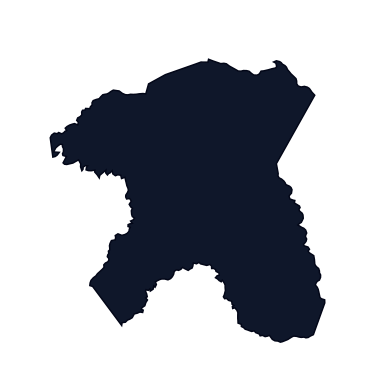 the district of Arapoti, Paraná, Brazil, rotated 279°
{"feature_id": "56859067B71427731295811", "entity_name": "Arapoti", "entity_type": "district", "adm_level": 2, "iso_a3": "BRA", "parent_name": "Brazil", "parent_adm1": "Paraná", "projection": "orthographic", "projection_center": [-50.012, -24.073], "detail": "fine", "context": "isolated", "style": "filled", "palette": "ink", "viewbox_px": 384, "rotation_deg": 279, "n_neighbors": 0, "source": "geoboundaries", "source_scale": "gbopen_adm2", "svg_char_len": 4824}
<svg xmlns="http://www.w3.org/2000/svg" viewBox="0 0 384 384"><g transform="rotate(279 192 192)"><path d="M226.2,44.4L223.4,43.5L204.7,49.1L205.7,51.4L207.4,53.1L210.4,54.7L210.2,52.4L209.9,49.0L214.4,50.6L216.7,52.5L218.6,54.4L218.6,56.6L216.5,57.0L214.7,58.3L211.5,58.7L209.5,58.1L207.9,58.8L207.4,62.4L202.9,60.9L200.6,60.1L199.5,61.7L199.6,64.0L202.0,69.9L203.3,71.5L206.0,74.9L202.4,77.7L199.4,78.0L195.8,79.9L197.4,80.8L199.6,80.6L201.4,82.7L201.4,84.8L199.6,83.9L197.3,83.9L196.9,86.1L197.2,89.0L198.4,92.7L196.5,92.8L194.1,95.7L191.4,98.2L194.0,98.3L196.4,100.3L200.2,103.6L197.4,103.8L195.6,105.8L197.2,106.7L198.2,108.2L200.6,109.9L197.5,111.0L196.1,113.8L197.4,116.0L197.4,119.0L194.3,120.3L196.0,123.5L193.1,124.6L191.0,125.5L188.0,126.7L185.8,128.1L183.8,128.9L181.3,128.3L178.6,127.1L176.7,127.3L174.9,128.5L175.8,131.4L173.5,133.5L170.0,131.9L167.7,133.8L166.6,135.7L164.0,135.0L160.4,135.9L158.4,136.9L157.3,139.3L155.3,138.3L153.7,135.9L151.7,138.0L151.1,136.1L149.8,134.0L147.9,134.2L147.4,136.5L145.6,135.9L143.3,135.9L141.1,134.5L139.5,132.4L138.2,129.5L139.1,125.4L137.0,123.0L135.1,123.7L132.7,123.6L131.4,120.0L128.3,119.1L126.0,118.9L123.8,119.5L122.0,119.8L120.5,118.7L118.3,119.4L116.6,118.6L114.8,118.5L113.6,120.0L111.8,120.6L109.8,119.7L108.3,117.6L106.3,116.3L103.8,116.9L101.8,115.6L99.1,113.5L96.5,111.4L94.1,110.2L91.9,108.0L88.9,106.1L86.3,105.6L83.6,105.7L83.2,108.6L49.2,143.4L52.0,143.4L53.0,146.6L55.4,148.3L56.7,150.5L58.5,152.6L60.7,153.4L62.5,154.0L63.8,157.0L65.3,159.3L65.3,162.1L67.7,162.3L68.2,160.3L69.9,160.7L72.3,163.2L75.6,163.7L78.4,164.9L80.2,162.8L81.5,164.2L84.4,163.1L86.3,161.8L88.4,161.9L88.0,164.2L89.7,165.6L87.6,166.3L89.9,168.8L93.3,168.9L92.2,170.4L95.0,171.3L97.6,169.9L99.1,171.9L100.6,174.0L101.4,175.8L101.8,178.8L101.5,182.0L103.1,184.4L105.2,185.8L107.7,186.7L110.9,186.9L112.7,188.9L112.5,191.0L113.9,193.1L116.1,194.5L115.2,196.6L114.0,200.5L115.6,202.1L116.9,204.0L118.9,204.4L122.1,204.4L121.8,207.7L123.6,210.0L122.4,211.6L121.8,218.0L123.2,221.0L122.1,222.8L119.5,223.4L119.9,225.3L119.1,227.3L117.3,228.2L116.3,231.3L114.1,231.9L113.2,229.9L111.0,228.6L110.1,230.9L108.8,232.6L107.9,234.9L109.6,235.7L108.3,237.1L106.8,238.3L105.2,239.3L102.7,239.7L99.9,240.4L97.8,240.2L95.6,240.0L93.4,239.4L91.7,240.9L92.3,242.8L90.7,245.0L90.3,248.3L87.3,249.2L86.5,251.1L85.2,249.8L83.3,250.4L84.3,252.4L82.2,254.9L80.0,256.2L77.5,256.5L74.3,257.0L72.3,257.5L69.7,258.0L69.0,261.5L66.9,261.8L66.2,264.1L64.8,266.0L64.5,268.2L64.0,270.6L63.6,272.7L64.6,275.3L63.1,276.8L62.3,280.6L60.6,281.8L61.4,284.1L60.6,286.8L61.5,289.2L62.5,290.9L60.7,292.7L59.0,294.4L58.0,297.1L58.2,300.3L57.5,302.7L58.2,304.5L59.3,306.4L61.3,309.7L64.4,313.2L65.6,315.0L65.8,318.0L65.5,320.2L65.5,322.6L66.2,325.3L65.8,327.3L66.5,329.5L68.2,331.4L70.1,334.2L71.8,334.5L81.3,336.3L103.2,340.5L106.3,339.9L106.8,336.5L107.8,334.9L113.8,332.6L115.7,331.8L117.6,330.5L119.4,328.4L121.2,328.7L123.3,329.6L124.9,331.6L127.7,332.3L130.2,332.0L132.2,330.5L134.0,330.2L136.3,329.0L137.8,326.4L139.8,324.6L141.9,324.1L144.4,323.5L148.2,322.2L150.4,317.2L151.9,315.9L153.8,317.0L155.8,315.2L156.4,311.2L158.0,310.3L159.4,311.5L161.2,312.4L163.5,312.6L165.5,311.1L167.4,311.1L169.4,311.7L172.2,310.2L173.7,308.0L174.2,306.0L176.0,301.7L177.8,303.2L179.1,304.7L181.3,305.4L183.4,306.0L186.7,305.2L188.3,304.1L190.0,301.2L191.9,300.3L193.4,301.2L195.0,300.3L196.0,297.8L197.2,294.8L199.7,294.9L199.8,293.0L200.5,289.7L203.1,288.5L204.9,289.4L206.3,290.4L209.9,290.4L211.9,289.1L213.0,287.4L214.0,283.6L215.6,282.6L217.2,281.0L218.8,278.4L219.6,275.8L221.4,274.4L223.8,274.2L233.2,270.9L306.8,298.1L309.3,294.9L311.1,293.2L312.6,291.7L313.6,289.5L313.9,286.5L312.8,283.3L313.3,280.3L315.2,278.5L318.0,278.0L320.2,277.0L321.8,274.8L324.2,271.3L326.2,269.1L327.7,267.3L330.1,265.7L331.4,264.0L332.4,261.3L333.7,259.9L334.5,258.2L334.8,254.8L333.2,252.3L332.4,254.7L329.2,256.0L327.6,255.2L326.2,251.6L324.6,248.2L322.8,243.7L322.2,241.3L320.4,240.6L318.8,239.7L317.6,238.0L317.2,234.7L318.5,232.1L320.2,229.5L320.4,227.0L320.0,223.8L319.0,221.5L318.7,218.8L320.1,215.1L322.2,209.3L324.0,205.9L324.1,203.4L323.3,200.3L324.7,192.3L325.7,187.6L322.7,187.4L321.7,180.5L319.0,175.6L303.7,147.3L292.0,132.2L281.7,131.0L281.6,128.2L280.7,124.5L279.8,121.6L279.2,118.8L278.9,116.0L277.9,113.4L277.7,110.9L278.5,107.8L279.4,106.1L280.4,104.2L280.3,98.3L278.6,96.2L276.5,94.1L275.5,92.6L274.8,90.5L274.1,88.7L271.8,87.0L269.6,85.7L268.4,82.9L266.8,80.1L264.6,79.3L262.4,79.7L260.2,78.3L258.3,78.0L257.9,73.9L256.1,73.4L255.6,71.1L253.7,70.5L251.0,71.1L249.0,69.8L247.3,67.5L244.7,66.9L243.0,68.9L240.4,68.6L241.2,65.3L240.3,63.2L239.0,60.7L237.2,58.4L235.2,56.8L233.1,58.6L232.0,57.0L230.3,55.9L229.1,54.1L229.9,51.0L228.5,49.7L228.6,46.7L226.2,44.4Z" fill="#0f172a" stroke="#020617" stroke-width="1.5"/></g></svg>